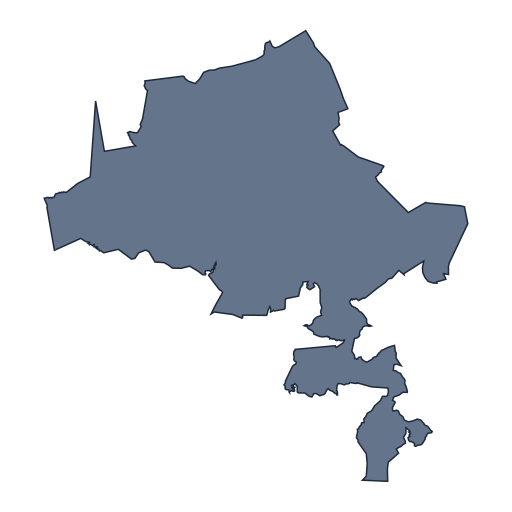 the district of Tlapa de Comonfort, Guerrero, Mexico
{"feature_id": "50627088B88355080019146", "entity_name": "Tlapa de Comonfort", "entity_type": "district", "adm_level": 2, "iso_a3": "MEX", "parent_name": "Mexico", "parent_adm1": "Guerrero", "projection": "orthographic", "projection_center": [-98.572, 17.528], "detail": "fine", "context": "isolated", "style": "filled", "palette": "slate", "viewbox_px": 512, "rotation_deg": 0, "n_neighbors": 0, "source": "geoboundaries", "source_scale": "gbopen_adm2", "svg_char_len": 6052}
<svg xmlns="http://www.w3.org/2000/svg" viewBox="0 0 512 512"><path d="M329.7,63.5L314.7,46.7L313.4,42.9L305.7,30.7L279.0,46.7L275.8,47.7L273.9,47.4L272.1,46.0L269.9,41.0L269.5,41.6L266.2,42.9L265.4,43.7L264.7,46.9L264.9,49.4L264.1,50.9L264.1,54.1L262.8,55.8L255.3,59.9L231.4,66.3L219.4,68.1L214.4,70.0L209.2,70.2L203.6,72.4L199.9,78.7L195.3,83.5L188.6,81.3L184.8,78.4L184.4,77.0L182.9,76.1L144.9,80.9L145.1,83.2L144.2,85.6L145.7,89.0L147.5,90.5L142.6,118.6L140.2,124.7L141.2,126.6L137.9,132.1L136.3,132.9L131.5,132.1L130.0,131.5L127.5,132.6L128.3,133.6L128.4,135.0L129.3,135.4L129.3,136.5L130.5,139.4L132.0,140.5L132.1,142.3L135.6,145.9L104.4,151.3L95.6,101.0L90.2,176.9L77.6,183.5L66.3,192.4L63.6,191.9L62.7,192.5L61.5,192.1L60.6,192.9L59.2,192.4L58.7,193.1L55.6,193.9L54.2,197.0L52.5,197.5L52.4,197.9L50.4,197.4L49.1,198.2L48.7,197.5L47.1,197.5L44.2,198.3L47.4,205.8L46.9,207.3L54.4,250.3L80.8,238.4L85.9,241.7L89.0,242.1L88.2,243.1L89.4,243.0L89.0,243.9L89.4,244.8L90.1,244.3L91.2,244.6L92.6,245.6L94.2,244.6L94.0,246.8L95.2,246.7L95.6,247.7L96.4,248.3L96.3,246.8L97.3,247.0L97.8,248.9L98.2,249.7L99.1,249.6L99.4,250.9L100.8,250.7L103.6,252.8L118.3,249.3L131.4,259.1L134.9,258.4L138.6,252.9L145.5,250.1L148.8,251.6L155.0,262.0L164.0,262.6L168.0,264.8L172.4,268.1L181.1,268.3L189.6,266.2L197.7,270.9L202.5,274.7L203.2,274.8L205.5,274.8L205.7,273.7L205.0,272.8L205.4,271.0L206.1,270.7L209.3,270.6L210.7,271.5L211.4,270.7L211.4,269.8L212.6,269.4L213.4,268.5L213.7,266.4L214.8,265.3L215.1,263.6L215.9,262.4L216.2,264.2L215.4,265.7L214.3,266.3L214.9,268.3L214.6,269.0L213.5,269.4L213.0,272.1L209.3,274.1L208.6,275.4L219.6,290.0L221.0,290.3L222.6,292.5L215.1,305.8L211.1,313.9L214.3,312.0L232.8,314.5L242.0,318.2L242.6,317.5L242.7,315.1L266.7,315.4L268.1,310.1L269.8,306.6L270.6,308.7L270.5,312.1L273.7,310.4L274.3,311.0L284.1,309.3L285.1,308.2L285.2,300.8L285.8,298.7L298.6,296.1L300.4,287.9L302.8,284.5L302.8,282.0L308.2,281.5L306.8,284.4L308.1,285.2L307.1,285.7L306.8,287.4L309.4,289.6L310.0,289.7L314.6,286.7L313.3,284.0L314.5,282.5L317.1,284.1L318.4,285.8L320.1,289.4L320.2,302.7L321.8,307.6L320.5,312.0L321.6,315.3L316.7,317.1L314.6,318.8L313.3,320.7L312.9,322.8L311.2,324.7L308.9,325.9L306.8,324.7L305.3,324.9L304.1,325.7L306.7,326.5L307.7,327.3L308.1,328.5L313.3,331.7L314.0,334.2L319.7,336.5L322.7,336.9L323.4,336.5L323.9,336.8L327.5,336.4L328.0,337.0L328.7,336.8L328.6,337.3L329.8,337.8L329.8,338.9L330.9,338.5L332.8,339.2L333.4,338.7L335.0,339.3L335.5,340.1L336.6,339.9L337.0,340.6L339.2,339.7L339.8,340.5L342.0,340.7L344.4,339.8L344.2,341.0L342.9,343.0L336.2,347.5L335.3,345.7L295.1,349.4L295.1,350.2L294.0,351.2L293.5,354.2L294.2,357.1L293.8,359.6L294.5,361.0L296.0,361.8L296.3,363.1L295.3,364.4L294.0,364.8L292.3,366.6L285.4,381.1L285.4,383.0L284.0,384.9L284.9,385.6L285.3,386.9L285.0,388.5L286.0,389.6L288.9,389.9L289.2,390.5L289.0,391.9L289.5,392.6L289.4,391.7L289.9,391.0L290.8,391.2L292.0,390.5L292.9,391.3L294.2,391.3L294.7,390.6L294.4,389.4L292.5,388.6L291.9,387.6L293.9,388.3L295.5,386.8L293.6,387.7L293.2,385.6L291.0,385.5L294.5,384.4L294.9,383.6L297.2,386.3L297.3,392.0L298.7,393.0L304.8,393.0L309.0,396.3L311.9,397.0L313.7,393.7L316.3,393.5L319.8,395.8L321.5,395.0L323.8,394.6L325.1,393.4L326.8,389.9L328.3,388.6L329.4,390.0L332.6,391.4L335.0,393.4L336.2,393.5L336.7,394.9L337.5,394.9L337.4,392.0L336.7,390.5L336.9,386.3L338.0,383.6L340.8,383.7L344.2,384.9L345.8,384.1L349.1,383.6L350.2,382.5L354.7,383.4L356.9,383.4L357.0,382.8L371.7,386.9L387.9,388.0L388.4,391.5L387.7,395.3L386.2,396.4L382.5,396.3L380.2,400.9L374.6,405.8L371.6,410.8L367.2,413.3L365.7,416.8L363.9,418.7L364.0,422.5L361.7,422.7L360.8,425.4L359.4,426.6L358.6,428.6L357.4,429.3L357.6,431.7L356.4,437.7L358.1,440.1L358.0,441.9L366.3,453.8L367.2,463.5L366.3,476.1L362.4,480.2L387.7,481.3L387.4,469.4L388.1,463.0L388.6,461.9L398.6,453.2L396.3,449.1L399.1,447.2L400.7,446.7L403.1,444.5L405.4,443.2L405.2,440.9L403.5,437.4L405.8,433.7L406.1,427.7L410.0,431.1L409.9,431.7L408.7,432.0L410.5,433.7L409.2,434.8L409.1,435.8L409.8,436.5L408.0,437.6L408.5,439.8L409.7,441.6L411.3,441.5L414.5,443.4L414.5,445.9L415.6,446.3L418.3,445.1L420.6,444.9L422.3,443.7L425.3,439.0L425.1,437.9L426.5,435.9L427.0,434.2L428.2,433.2L431.6,432.7L432.2,431.4L430.7,430.3L427.8,426.4L424.4,424.8L424.0,423.6L420.7,420.0L417.3,419.1L412.8,420.9L408.3,421.9L404.3,420.0L402.8,416.6L400.1,414.7L398.1,410.8L396.3,410.2L393.6,411.1L392.6,410.4L392.5,407.5L395.2,402.4L394.7,401.5L392.5,400.3L393.9,396.9L399.1,395.1L402.7,392.3L407.3,392.3L407.4,391.4L406.1,386.5L404.6,383.3L405.1,380.8L404.2,378.6L403.0,377.7L400.5,373.4L398.6,372.9L396.0,370.9L393.3,370.4L393.9,364.7L396.8,364.2L401.1,365.7L396.0,357.8L396.2,353.0L395.3,351.4L394.5,345.4L387.8,347.4L382.8,350.0L381.6,350.2L380.1,352.1L379.1,352.7L378.6,353.9L377.6,354.4L376.8,356.4L373.4,357.4L371.8,359.4L367.2,362.0L366.2,362.0L363.7,360.8L361.8,359.1L360.9,356.9L358.5,357.4L357.5,359.2L356.7,359.3L355.9,358.5L354.9,358.7L354.4,355.3L351.8,351.1L354.5,338.5L357.4,337.8L359.4,336.0L359.8,334.9L359.3,333.9L360.1,330.7L361.9,329.3L362.4,327.7L363.7,326.3L366.3,325.7L369.3,326.4L371.3,326.0L369.3,324.8L368.3,324.8L367.6,324.0L366.6,322.3L366.6,319.1L363.5,314.7L361.1,312.1L359.5,311.7L357.4,308.9L356.2,308.5L355.3,307.5L353.5,307.1L352.9,306.3L351.9,306.1L350.0,303.0L349.7,301.2L351.6,299.0L352.3,299.9L353.2,299.0L354.5,299.5L356.2,298.5L357.7,299.9L359.2,300.0L359.2,300.4L363.1,298.0L364.0,298.4L365.8,297.5L377.0,288.4L385.3,282.4L388.5,278.8L391.8,278.3L398.8,270.4L404.0,274.7L403.8,273.7L423.8,261.0L422.4,267.8L422.9,272.9L425.0,277.5L428.1,281.4L433.6,283.1L437.0,283.1L436.7,281.9L445.9,279.3L443.6,273.6L448.5,274.5L448.5,265.8L449.2,263.1L467.8,223.7L464.5,206.8L460.3,205.7L427.0,203.0L425.8,202.4L408.3,212.5L377.4,181.3L375.5,177.0L377.9,175.1L379.4,173.0L381.4,171.9L381.3,170.2L383.8,166.5L383.6,165.9L358.3,157.0L343.7,145.9L341.3,144.6L340.6,145.2L332.7,130.9L339.6,124.8L338.6,121.9L339.1,118.6L338.1,112.4L347.9,108.7L343.6,99.1L339.9,88.5L329.7,63.5Z" fill="#64748b" stroke="#1e293b" stroke-width="1.5"/></svg>